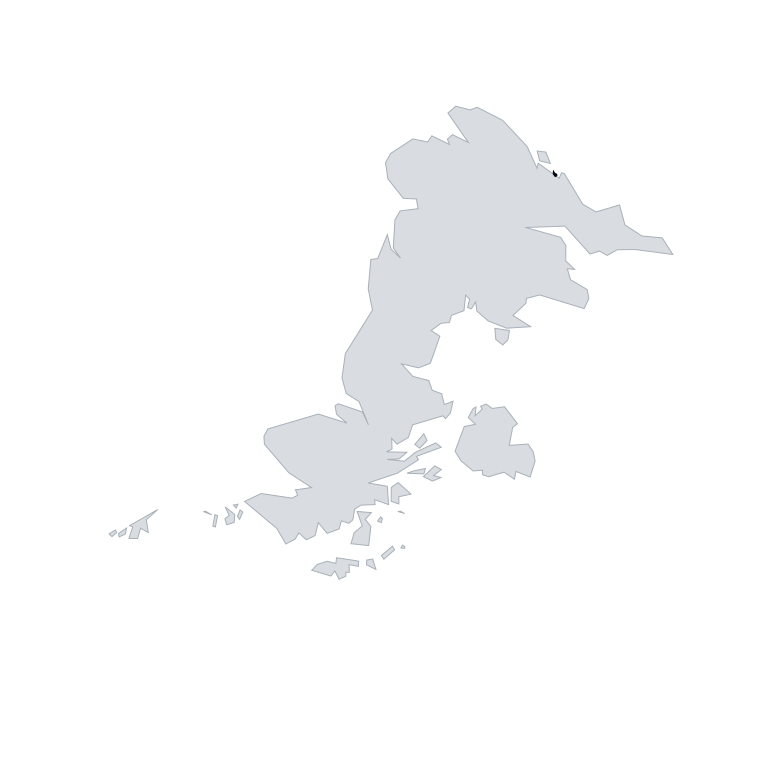 location of Bournemouth within United Kingdom, rotated 228°
{"feature_id": "GBR-2050", "entity_name": "Bournemouth", "entity_type": "Unitary Authority", "adm_level": 1, "iso_a3": "GBR", "parent_name": "United Kingdom", "parent_adm1": "", "projection": "albers", "projection_center": [-1.88, 50.735], "detail": "fine", "context": "in_parent", "style": "filled", "palette": "ink", "viewbox_px": 768, "rotation_deg": 228, "n_neighbors": 0, "source": "natural_earth", "source_scale": "10m", "svg_char_len": 4058}
<svg xmlns="http://www.w3.org/2000/svg" viewBox="0 0 768 768"><g transform="rotate(228 384 384)"><path d="M405.7,593.8L374.9,613.4L365.3,611.9L353.9,601.4L341.7,602.4L346.9,597.3L336.6,592.4L318.1,598.2L310.5,593.4L306.1,583.2L346.0,559.3L352.3,547.2L349.0,543.3L348.7,525.7L328.5,531.3L343.4,512.5L360.9,503.7L375.9,501.8L383.6,506.9L381.4,499.2L384.9,497.4L389.8,504.4L395.5,504.2L385.0,492.5L389.9,480.0L385.9,473.7L390.9,467.1L392.2,454.8L382.1,457.4L368.4,432.3L372.9,420.5L387.2,410.5L370.3,410.5L356.6,419.6L347.0,415.6L338.1,420.3L328.4,415.0L325.0,423.8L318.0,413.9L317.1,406.5L320.9,406.6L334.5,377.9L328.0,366.4L330.6,353.4L338.4,353.2L330.3,346.5L331.9,340.5L318.0,355.2L318.2,345.1L325.8,335.9L313.0,347.5L312.2,361.7L305.6,383.0L298.7,384.2L308.5,359.7L304.7,358.9L308.8,334.2L321.1,305.9L305.8,318.0L291.3,306.7L304.3,299.7L300.4,296.7L309.4,285.8L310.7,278.5L303.9,269.9L303.9,264.8L310.9,260.7L306.3,253.6L311.1,241.8L324.9,242.4L317.5,231.4L320.3,222.0L330.3,221.1L328.2,214.1L330.8,204.0L348.3,207.7L390.0,201.8L384.8,219.4L360.7,239.3L359.1,245.4L364.6,247.4L355.6,260.8L381.7,253.9L419.2,254.8L425.6,259.9L428.3,267.7L405.6,315.1L379.8,330.2L393.3,328.5L400.6,333.1L399.9,336.8L377.7,349.2L364.1,345.1L387.7,353.7L402.2,349.6L416.6,356.8L432.5,375.7L446.6,424.9L465.3,436.0L485.4,457.6L481.4,463.2L492.8,486.4L479.6,479.5L466.5,480.5L478.9,482.0L498.6,501.9L501.8,511.8L491.5,526.6L499.8,531.9L509.1,522.6L533.7,524.1L547.4,533.2L550.9,543.0L546.8,569.4L534.6,578.4L536.4,585.6L518.2,592.9L523.5,595.0L523.5,601.7L507.1,608.3L542.6,612.8L542.4,623.2L530.1,631.4L527.3,638.4L500.5,648.6L464.7,649.3L441.9,642.0L444.9,646.3L419.7,651.8L422.2,657.4L419.6,658.8L384.8,652.0L370.0,656.6L359.5,678.8L341.0,669.5L321.4,674.7L306.5,688.5L287.0,685.3L315.9,660.6L327.7,647.2L330.3,635.8L338.5,633.2L342.7,624.1L380.3,624.1L405.7,593.8ZM286.4,458.3L265.2,456.6L265.7,450.6L254.6,436.0L243.0,450.8L233.6,449.5L225.6,444.7L217.1,430.4L230.7,423.5L226.0,417.2L238.2,414.2L245.0,399.9L250.4,396.6L254.1,399.4L259.7,392.1L275.3,389.8L286.5,391.8L298.7,415.2L292.9,425.0L302.7,424.2L306.0,433.7L305.4,437.0L299.5,430.5L299.5,440.1L302.7,440.9L300.8,446.4L293.4,448.1L286.4,458.3ZM294.6,213.6L290.2,223.2L282.9,228.2L286.6,232.5L269.3,246.7L265.7,242.9L273.1,237.2L267.3,232.2L269.6,229.7L266.7,227.0L269.0,220.0L278.0,222.4L276.9,216.0L293.9,205.7L294.6,213.6ZM293.4,262.2L293.1,272.9L307.3,278.7L296.9,288.5L295.9,279.5L286.9,278.9L274.2,264.5L287.4,252.6L293.4,262.2ZM439.9,91.1L445.9,101.7L448.9,100.2L442.1,132.0L442.2,116.6L431.4,109.4L439.7,106.6L434.0,97.5L439.9,91.1ZM301.3,328.5L284.1,330.4L290.3,319.6L284.9,314.8L292.0,310.8L302.3,320.2L301.3,328.5ZM342.3,496.9L351.2,503.6L339.8,513.0L333.9,505.6L333.6,498.4L342.3,496.9ZM288.8,351.3L289.2,366.9L282.1,369.3L282.8,359.5L276.4,363.8L279.4,355.1L288.8,351.3ZM390.4,175.7L389.8,180.9L398.9,183.8L386.8,185.7L381.4,180.0L384.6,173.0L390.4,175.7ZM320.4,380.3L313.2,378.2L312.4,367.6L318.5,366.5L320.4,380.3ZM454.6,653.7L448.0,659.5L436.7,655.2L445.7,649.0L454.6,653.7ZM293.5,358.2L290.5,353.5L302.3,341.4L299.7,347.6L293.5,358.2ZM261.4,250.0L264.7,253.4L261.5,258.5L251.6,253.9L261.4,250.0ZM257.8,281.9L253.7,280.8L253.9,266.6L258.3,267.4L257.8,281.9ZM449.2,96.3L445.6,91.3L447.6,84.8L450.5,86.7L449.2,96.3ZM400.0,170.9L397.5,172.2L390.6,163.0L392.9,161.7L400.0,170.9ZM386.7,192.8L383.3,193.4L380.0,186.1L383.7,186.5L386.7,192.8ZM456.6,79.5L455.2,86.7L452.5,86.0L452.6,79.7L456.6,79.5ZM408.9,166.2L402.1,168.4L409.6,164.7L408.9,166.2ZM287.5,292.5L285.3,292.9L282.9,289.2L286.4,287.5L287.5,292.5ZM394.8,191.0L392.4,195.0L390.6,191.2L394.8,191.0ZM278.4,311.1L273.9,312.7L280.0,309.0L278.4,311.1ZM251.9,290.0L249.1,290.6L248.0,289.3L250.9,286.9L251.9,290.0Z" fill="#d9dde1" stroke="#a8b0b8" stroke-width="1"/><path d="M428.2,652.0L426.8,651.7L426.0,651.8L425.3,652.0L424.6,652.4L424.3,652.3L423.7,652.2L423.5,651.8L423.5,651.0L423.7,650.5L423.7,650.4L423.9,650.3L424.3,650.3L424.9,650.3L425.6,650.4L426.4,650.6L427.5,651.1L428.2,652.0Z" fill="#0f172a" stroke="#020617" stroke-width="1.5"/></g></svg>